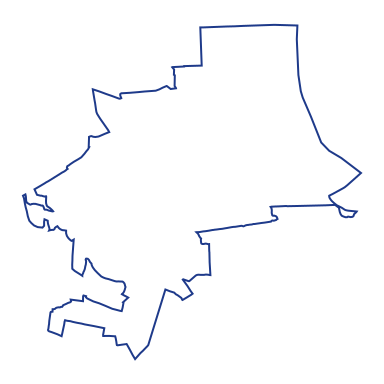 the district of Osica De Sus, Olt, Romania
{"feature_id": "2599482B88469159964237", "entity_name": "Osica De Sus", "entity_type": "district", "adm_level": 2, "iso_a3": "ROU", "parent_name": "Romania", "parent_adm1": "Olt", "projection": "orthographic", "projection_center": [24.323, 44.259], "detail": "fine", "context": "isolated", "style": "outline", "palette": "blue", "viewbox_px": 384, "rotation_deg": 0, "n_neighbors": 0, "source": "geoboundaries", "source_scale": "gbopen_adm2", "svg_char_len": 5819}
<svg xmlns="http://www.w3.org/2000/svg" viewBox="0 0 384 384"><path d="M135.1,359.1L140.5,353.0L142.9,350.8L144.7,348.9L147.7,345.8L148.3,345.0L149.5,341.0L165.4,289.5L170.0,291.3L174.2,292.6L174.8,293.2L175.9,294.3L177.6,295.2L180.9,297.6L181.4,298.0L182.2,299.8L182.5,300.0L186.4,297.7L191.3,294.7L192.6,293.7L190.7,291.1L187.4,285.9L182.8,279.6L183.2,279.3L188.4,281.1L189.1,281.2L189.7,280.8L195.2,276.0L196.1,275.3L197.1,274.9L197.8,274.8L198.6,274.7L201.0,274.9L203.9,274.9L205.5,274.6L206.5,274.6L208.0,274.7L209.5,275.0L210.4,275.1L209.6,261.8L209.6,260.8L209.5,256.7L209.4,252.3L209.3,251.7L209.2,250.0L209.1,244.1L208.4,244.2L206.9,243.8L205.8,243.6L205.0,243.7L203.7,244.0L202.6,244.0L202.1,243.9L201.5,243.6L201.2,243.1L201.1,242.6L201.0,241.5L200.9,240.7L200.9,239.1L201.0,238.9L201.1,238.5L200.4,237.9L199.9,237.2L199.7,236.8L199.3,236.4L199.2,236.0L198.8,235.3L198.6,234.7L197.9,233.6L197.7,233.3L196.9,232.7L196.4,232.2L197.1,232.1L197.7,232.2L199.9,232.0L203.3,231.4L205.5,231.2L208.8,230.7L212.5,230.0L213.7,229.9L214.7,229.7L216.7,229.5L219.5,229.1L222.4,228.8L225.1,228.3L227.0,228.0L231.3,227.2L233.4,226.9L235.3,226.8L241.4,225.8L242.1,225.9L243.2,226.3L243.5,226.3L244.1,226.1L245.5,225.4L247.1,225.0L248.5,224.9L249.3,224.7L250.4,224.6L251.7,224.5L253.5,224.0L254.7,224.0L257.2,223.6L259.4,223.3L261.3,223.0L264.7,222.6L271.0,221.6L271.6,220.8L272.3,220.5L273.6,220.7L274.2,220.6L276.1,220.0L276.8,219.3L277.5,219.0L277.3,218.2L276.7,216.9L275.9,216.2L274.1,215.6L273.7,215.7L273.1,215.8L272.3,215.3L271.7,212.9L271.8,210.1L271.5,208.3L271.1,207.7L270.6,206.9L271.4,206.7L275.0,206.5L278.2,206.4L286.3,206.0L287.2,206.2L297.1,206.0L325.9,205.3L335.0,204.9L336.2,205.7L338.0,207.1L338.6,207.3L339.0,208.2L339.8,212.0L340.6,214.1L341.7,215.7L343.4,216.5L345.4,217.2L347.1,217.2L348.1,216.6L350.7,217.1L352.6,216.8L353.5,216.0L353.8,215.2L353.9,214.7L354.0,214.3L354.9,213.4L356.3,212.1L356.7,211.5L348.6,210.7L347.3,210.5L345.6,210.1L344.7,209.7L341.7,207.7L336.7,205.2L334.1,203.1L332.1,201.3L330.9,199.9L329.8,198.3L329.4,197.4L329.2,196.4L329.2,195.7L332.6,194.0L343.0,188.3L344.8,187.2L347.3,185.2L361.0,173.0L341.3,158.0L329.2,150.8L321.2,142.5L311.0,116.8L302.7,97.5L300.8,91.2L298.4,75.0L296.8,39.2L297.4,25.5L276.3,24.9L272.6,24.9L257.8,25.4L243.2,25.9L234.6,26.3L226.6,26.5L203.4,27.4L200.3,27.4L201.7,65.6L184.1,66.1L184.1,66.5L172.4,67.1L172.2,67.2L174.1,69.5L173.9,74.8L174.8,75.3L174.6,86.0L175.9,87.9L176.0,88.3L170.7,89.0L166.9,86.1L166.6,86.0L162.6,87.7L159.5,89.3L156.8,90.3L155.7,90.7L144.6,91.5L138.4,92.1L129.9,92.8L121.3,93.3L120.3,94.0L120.2,94.3L120.2,94.7L120.3,95.7L121.3,98.1L120.6,98.5L119.6,98.7L118.7,98.5L111.7,95.9L106.2,94.0L99.2,91.4L92.8,89.3L93.0,90.9L94.6,100.5L95.1,103.2L96.1,110.2L96.4,111.9L97.1,113.8L99.0,116.9L100.7,119.5L108.2,130.2L109.2,132.1L105.1,133.7L99.1,136.3L98.1,136.6L95.3,137.0L93.5,136.8L92.4,136.5L91.8,136.2L91.3,136.1L90.4,136.3L89.0,136.9L89.0,138.4L88.7,147.0L89.2,147.1L88.3,148.8L88.1,149.2L87.8,149.6L86.3,151.3L84.5,153.7L81.3,157.3L78.3,159.2L73.8,161.8L70.4,164.1L68.6,165.5L67.4,166.1L67.2,166.5L66.9,167.4L67.1,168.3L67.6,168.9L66.4,169.7L66.1,170.1L65.2,170.8L63.8,171.7L62.2,172.5L60.0,173.9L48.3,181.2L46.2,182.3L44.7,183.3L41.5,185.2L40.7,185.7L34.5,189.3L37.0,194.8L40.6,195.7L41.7,195.7L43.1,196.2L44.9,196.6L45.6,196.3L46.1,196.3L46.2,196.8L46.0,201.0L46.1,203.3L46.8,205.7L47.4,206.4L49.7,207.9L51.3,209.3L52.5,210.5L53.1,211.3L52.8,211.4L52.3,211.4L48.5,210.5L47.5,210.0L46.5,209.7L44.7,209.6L44.4,209.3L44.2,208.9L44.0,208.1L43.5,206.8L43.0,205.9L42.7,205.6L42.2,205.5L41.5,205.6L40.7,205.4L39.9,205.0L39.3,204.9L35.6,203.9L33.5,203.8L31.5,204.1L30.9,204.5L30.6,204.6L30.1,204.6L28.2,203.5L26.9,202.7L26.2,201.1L25.9,196.9L25.7,195.6L25.4,194.4L23.0,195.7L24.0,198.3L24.9,203.6L25.7,207.3L26.8,211.2L27.8,216.2L29.3,220.7L31.3,223.0L34.1,225.5L37.7,227.1L42.5,227.6L44.1,225.8L44.1,221.8L44.5,219.3L47.7,220.7L47.9,223.1L48.2,224.5L49.2,227.6L49.5,228.9L49.4,229.8L49.1,230.5L50.4,230.1L52.0,229.9L53.4,229.9L54.4,229.2L54.9,227.9L56.1,226.9L57.4,226.2L59.0,228.2L60.3,229.2L62.2,230.1L64.2,230.3L66.1,230.6L66.1,233.3L66.9,235.9L68.2,237.9L69.5,239.3L70.9,240.5L71.8,240.9L72.7,240.2L73.7,239.6L72.5,255.9L72.4,260.7L72.2,264.7L72.3,268.8L74.8,271.0L79.9,274.2L82.3,275.8L82.3,275.2L82.4,274.6L83.1,273.4L83.3,272.5L83.7,271.6L84.1,270.9L84.8,269.0L85.1,267.5L85.3,266.3L85.5,265.6L85.8,264.6L86.0,262.8L86.1,261.4L86.0,260.7L85.7,259.9L85.7,259.4L86.0,258.7L86.5,258.6L87.8,258.8L88.9,259.9L90.0,262.0L91.5,263.6L91.6,264.7L92.2,266.2L92.9,267.5L94.8,270.1L97.6,273.0L101.3,276.5L103.5,277.6L105.6,278.4L108.6,279.1L114.7,281.1L116.6,281.5L118.2,281.4L122.6,281.6L123.4,282.2L124.4,283.4L124.6,283.9L125.0,285.3L125.1,286.0L125.4,286.5L125.5,287.1L125.0,288.7L124.9,289.3L124.4,290.7L124.0,291.7L122.9,293.4L122.1,293.9L121.9,294.2L124.6,295.7L125.9,296.3L128.2,297.6L123.0,302.3L123.5,302.7L122.6,307.7L121.7,311.1L120.0,310.8L115.5,309.6L112.3,308.8L105.3,305.8L99.2,303.3L93.3,301.4L87.1,298.4L85.9,297.2L86.1,296.2L83.5,295.5L83.1,296.2L83.0,301.2L70.7,299.6L71.1,301.3L70.9,301.7L69.7,302.5L69.0,302.6L67.7,303.1L66.6,303.7L63.2,305.2L63.0,305.4L62.6,306.3L62.2,306.8L60.9,306.9L60.6,307.1L59.8,307.4L58.6,307.3L56.9,307.6L56.1,307.9L54.9,308.9L53.7,309.2L52.6,309.2L52.5,311.7L50.9,311.9L50.5,312.4L50.3,313.7L49.3,320.8L49.1,323.2L49.1,323.9L48.8,325.5L48.4,328.7L48.0,330.0L48.4,330.8L49.1,331.3L51.6,332.1L57.5,334.3L61.6,336.2L62.3,333.2L63.1,329.4L64.2,324.4L64.6,321.5L65.1,320.2L65.6,320.4L67.3,320.8L70.5,321.2L72.9,321.9L77.1,322.8L81.6,323.6L84.7,324.4L93.5,326.0L104.3,328.2L103.1,334.9L103.2,336.0L109.0,335.9L115.2,336.3L115.7,338.2L116.3,341.5L116.7,344.4L116.9,345.1L117.6,345.3L126.6,344.0L127.5,345.5L129.9,349.8L132.7,355.1L135.1,359.1Z" fill="none" stroke="#1e3a8a" stroke-width="2"/></svg>